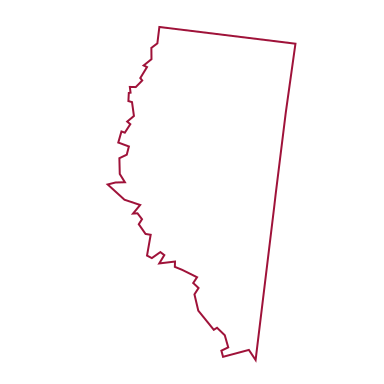 the district of LaSalle, Louisiana, United States of America, rotated 7°
{"feature_id": "52423323B85918245780607", "entity_name": "LaSalle", "entity_type": "district", "adm_level": 2, "iso_a3": "USA", "parent_name": "United States of America", "parent_adm1": "Louisiana", "projection": "robinson", "projection_center": [-92.255, 31.626], "detail": "fine", "context": "isolated", "style": "outline", "palette": "rose", "viewbox_px": 384, "rotation_deg": 7, "n_neighbors": 0, "source": "geoboundaries", "source_scale": "gbopen_adm2", "svg_char_len": 885}
<svg xmlns="http://www.w3.org/2000/svg" viewBox="0 0 384 384"><g transform="rotate(7 192 192)"><path d="M117.2,101.4L117.8,109.5L121.5,110.1L125.1,123.6L119.1,130.0L122.5,132.2L118.1,141.3L114.6,140.5L112.8,151.9L123.8,154.5L122.7,162.9L115.8,167.3L118.1,182.9L124.2,190.5L114.9,191.9L107.4,194.8L125.9,207.9L142.1,211.2L136.1,220.6L140.5,219.8L145.7,225.1L143.1,230.5L151.0,239.3L156.2,239.5L155.1,260.6L160.2,262.5L167.9,255.5L172.2,258.0L168.2,266.9L183.6,263.1L184.1,268.4L191.5,270.4L207.4,276.0L204.3,282.2L210.2,286.5L206.9,293.3L212.7,309.0L230.4,326.1L233.4,323.7L242.0,330.2L246.9,341.8L240.5,345.9L242.9,351.8L267.7,341.8L275.6,351.0L275.4,197.5L275.3,183.0L275.4,101.6L276.6,32.2L139.5,32.2L139.5,48.7L134.1,53.9L135.6,65.1L128.6,72.3L132.1,73.5L126.8,85.2L129.0,87.4L123.4,94.7L117.5,95.3L118.9,100.9L117.2,101.4Z" fill="none" stroke="#9f1239" stroke-width="2"/></g></svg>